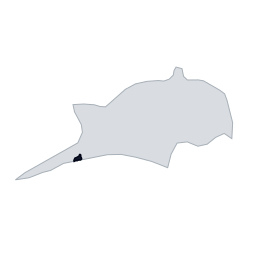 Davios, Cyprus shown in context, rotated 188°
{"feature_id": "46923920B64844622441299", "entity_name": "Davios", "entity_type": "district", "adm_level": 2, "iso_a3": "CYP", "parent_name": "Cyprus", "parent_adm1": "", "projection": "equal_earth", "projection_center": [33.916, 35.414], "detail": "fine", "context": "in_parent", "style": "filled", "palette": "ink", "viewbox_px": 256, "rotation_deg": 188, "n_neighbors": 0, "source": "geoboundaries", "source_scale": "gbopen_adm2", "svg_char_len": 1755}
<svg xmlns="http://www.w3.org/2000/svg" viewBox="0 0 256 256"><g transform="rotate(188 128 128)"><path d="M183.2,136.5L185.7,143.5L175.1,145.6L164.6,146.3L158.7,145.4L153.2,145.8L136.0,165.9L126.8,172.7L115.8,176.8L104.6,179.2L99.0,179.5L94.0,182.1L90.5,186.7L90.4,191.3L88.9,195.0L82.8,194.3L80.2,186.9L75.9,183.8L65.0,185.4L59.7,185.2L42.4,178.2L37.1,175.3L33.9,169.4L25.1,147.8L23.7,131.9L32.0,136.0L39.8,131.0L47.3,123.0L56.3,119.7L61.9,121.1L67.4,122.5L77.3,119.9L81.7,108.0L83.2,94.2L99.9,98.2L117.0,100.2L131.0,100.9L144.7,98.7L186.9,84.0L198.8,75.2L206.2,72.2L219.0,65.0L232.3,61.0L223.8,69.4L175.6,106.3L172.5,117.3L174.7,124.9L181.4,134.1L183.2,136.5Z" fill="#d9dde1" stroke="#a8b0b8" stroke-width="1"/><path d="M171.1,94.7L171.3,95.0L171.5,95.1L171.9,95.1L172.1,95.1L172.3,94.9L172.3,94.7L172.3,94.4L172.4,94.2L172.5,94.0L172.5,93.8L172.6,93.6L172.8,93.2L173.1,93.0L173.2,92.9L173.4,92.8L173.6,92.6L174.0,92.3L174.2,92.2L174.4,92.0L174.5,91.9L174.8,91.7L175.0,91.5L175.2,91.4L175.6,91.2L175.8,91.1L176.0,91.1L176.3,90.7L176.6,90.5L176.6,90.3L176.6,90.0L176.6,89.8L176.6,89.6L176.7,89.4L176.8,89.2L177.1,88.6L176.9,88.3L176.9,88.0L176.9,87.8L176.8,87.7L176.7,87.4L176.5,87.5L176.3,87.7L176.2,87.9L176.0,88.0L175.7,88.2L175.2,88.4L174.9,88.7L174.7,88.8L174.3,88.6L174.1,88.5L173.9,88.5L173.7,88.6L173.5,88.8L173.5,89.1L173.3,89.2L173.0,89.2L172.8,89.5L172.6,89.4L172.3,89.4L172.1,89.4L171.9,89.6L171.8,89.8L171.6,89.8L171.4,89.7L171.1,89.8L170.9,89.7L170.7,89.7L170.4,89.9L170.2,90.1L170.1,90.3L169.9,90.4L169.7,90.6L169.8,90.8L169.8,91.0L169.7,91.5L169.9,91.7L170.0,91.9L170.1,92.1L170.3,92.4L170.4,92.6L170.6,92.8L170.8,93.0L170.9,93.5L170.9,93.9L171.1,94.0L171.0,94.3L171.1,94.7Z" fill="#0f172a" stroke="#020617" stroke-width="1.5"/></g></svg>